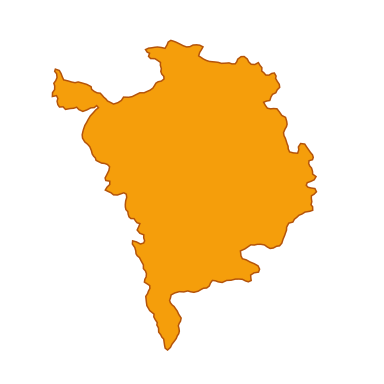 the district of Poté, Minas Gerais, Brazil, rotated 262°
{"feature_id": "56859067B81291889337924", "entity_name": "Poté", "entity_type": "district", "adm_level": 2, "iso_a3": "BRA", "parent_name": "Brazil", "parent_adm1": "Minas Gerais", "projection": "natural_earth1", "projection_center": [-41.769, -17.806], "detail": "fine", "context": "isolated", "style": "filled", "palette": "amber", "viewbox_px": 384, "rotation_deg": 262, "n_neighbors": 0, "source": "geoboundaries", "source_scale": "gbopen_adm2", "svg_char_len": 4608}
<svg xmlns="http://www.w3.org/2000/svg" viewBox="0 0 384 384"><g transform="rotate(262 192 192)"><path d="M190.0,317.0L192.9,314.0L195.8,314.2L199.1,313.7L201.4,312.2L204.1,311.5L206.7,312.3L207.2,315.8L209.4,316.9L212.0,316.5L214.9,314.7L218.1,313.1L220.6,311.8L223.8,310.3L224.9,306.3L221.8,303.6L218.9,303.6L215.7,302.0L216.6,297.9L218.1,294.2L221.3,293.3L224.0,293.5L226.8,292.8L229.5,292.4L232.2,291.9L235.1,290.9L238.1,290.9L241.4,292.9L243.7,294.7L245.9,295.6L248.9,295.6L252.9,295.0L255.3,291.6L259.1,289.7L262.6,287.7L263.3,284.4L263.4,281.4L264.5,278.3L267.5,276.7L270.9,275.4L271.7,278.6L271.8,281.8L275.1,283.4L277.5,285.3L278.6,288.8L281.3,290.6L283.4,293.4L286.5,293.4L289.8,291.8L292.9,290.6L295.1,291.4L298.4,290.1L298.3,287.4L297.0,284.5L297.5,281.4L300.0,279.8L302.1,277.9L305.4,278.5L307.8,277.0L310.9,275.7L309.5,272.0L310.2,268.4L312.9,266.3L316.1,265.2L318.9,262.5L319.2,259.4L317.2,255.8L314.7,254.4L312.9,252.6L313.3,249.4L314.7,246.7L314.9,243.3L315.3,239.0L316.7,236.1L317.4,233.5L318.1,230.6L318.9,227.3L320.3,224.5L322.1,221.8L324.0,219.7L325.9,217.5L329.2,219.1L331.8,221.3L334.2,223.1L336.3,220.1L337.1,217.1L337.4,213.5L336.2,210.1L336.4,206.8L338.1,203.6L340.7,199.9L342.7,196.9L343.9,194.7L345.1,192.1L343.8,189.3L341.2,187.8L338.0,185.3L339.4,181.7L340.4,177.9L340.5,174.8L340.4,171.9L340.5,169.1L339.5,165.8L336.7,167.1L335.3,169.3L332.4,167.8L329.9,169.6L329.2,173.8L326.8,176.6L324.7,178.8L321.9,178.3L318.4,178.8L315.7,177.9L313.0,178.5L310.4,180.2L307.8,180.0L306.1,177.1L305.9,173.8L304.8,171.4L302.5,169.6L300.3,167.7L298.7,164.7L297.8,161.4L296.9,158.3L297.5,154.2L296.2,150.2L294.8,146.1L294.6,142.5L295.5,137.4L292.5,134.8L290.8,131.1L290.0,126.6L292.4,123.2L293.9,121.0L296.2,119.6L298.2,117.8L300.3,116.5L302.6,114.9L303.4,111.8L305.2,109.2L307.6,106.9L310.4,106.7L313.2,102.8L315.2,98.4L316.8,94.6L316.5,91.4L317.7,88.0L319.3,84.6L320.9,80.5L324.4,79.5L327.6,78.8L330.8,77.5L332.7,73.8L330.6,72.8L327.9,74.4L324.2,74.3L321.3,72.6L318.9,70.3L316.1,70.8L312.5,70.2L309.8,67.7L306.0,67.0L306.3,71.2L303.3,72.2L300.7,71.0L297.2,71.3L294.6,72.6L294.3,76.2L291.4,78.2L291.6,82.9L291.4,86.4L292.0,89.6L289.3,91.5L287.0,95.1L287.9,99.3L289.4,103.5L289.2,107.0L290.8,109.6L288.5,111.1L286.6,108.0L284.1,105.1L281.5,101.9L278.3,99.3L275.5,97.3L272.9,95.2L269.2,93.3L266.6,92.2L263.9,91.2L260.5,91.1L256.5,92.8L253.9,95.2L251.0,97.1L247.1,98.1L243.5,98.5L241.1,99.6L239.2,101.0L236.7,101.4L235.0,103.8L233.2,106.5L232.4,109.5L231.0,112.1L228.5,113.9L224.9,112.7L220.6,109.8L218.0,107.9L215.4,108.2L214.1,112.1L210.9,111.6L208.6,108.5L206.0,106.4L204.2,109.0L202.6,111.6L200.1,113.9L199.4,117.8L200.1,121.3L200.7,124.4L199.0,126.6L195.7,126.6L192.5,125.1L188.9,124.2L186.4,123.9L183.8,124.1L181.5,125.7L178.8,125.7L176.1,126.2L174.2,127.8L173.7,130.9L171.1,132.1L169.1,133.4L168.0,136.0L165.2,134.5L162.0,132.4L158.4,134.6L156.3,138.3L153.3,137.8L150.2,138.3L148.2,137.0L147.7,133.7L150.4,129.9L151.9,126.4L148.8,125.7L145.0,127.6L141.6,128.1L138.6,128.0L136.5,128.9L134.3,130.9L131.0,132.0L126.6,133.7L122.9,133.2L120.3,134.9L117.5,135.5L114.3,134.8L112.2,133.2L109.4,132.3L106.9,135.3L105.2,137.1L102.4,136.9L99.8,135.0L97.6,133.9L95.1,131.7L89.3,131.5L85.7,131.5L83.3,132.5L80.5,133.6L78.2,135.7L76.4,137.4L73.7,136.8L70.8,137.8L67.5,139.4L65.2,138.7L62.0,139.9L57.9,139.5L54.9,141.2L52.6,141.9L50.3,143.5L47.3,143.5L44.1,143.5L41.1,143.7L38.9,145.8L41.1,149.0L44.1,151.0L47.0,154.0L49.1,156.0L51.6,157.4L53.5,159.1L56.0,160.1L58.9,160.1L61.4,159.8L63.7,161.0L65.6,162.6L68.7,163.7L72.8,161.8L76.2,160.8L78.7,159.5L81.1,158.3L82.9,156.6L85.3,155.2L87.8,154.7L90.0,155.9L93.0,157.0L94.4,160.8L95.1,165.5L94.2,170.0L94.6,174.1L93.4,176.7L92.4,179.9L92.9,184.3L94.2,187.4L95.1,190.0L94.9,193.2L96.5,196.0L99.4,197.7L101.6,199.9L100.8,202.9L99.4,205.4L98.2,209.3L99.6,214.0L99.2,218.4L99.7,222.8L99.2,226.7L98.5,229.8L96.5,232.6L95.2,235.3L96.1,238.3L98.5,238.3L101.6,238.5L103.3,242.2L103.4,246.7L106.2,248.2L109.7,247.1L112.3,243.7L114.6,239.8L117.3,236.2L118.9,232.6L122.0,231.6L124.5,231.7L126.9,231.7L128.3,236.5L130.2,240.3L131.5,242.9L130.8,246.3L131.1,249.4L130.6,253.0L129.5,256.4L127.1,258.9L125.2,261.5L125.2,264.7L126.5,268.2L126.5,271.2L128.8,273.8L132.6,275.6L136.1,277.7L138.3,278.8L141.1,280.3L144.0,280.8L147.7,283.5L148.2,287.7L150.8,289.6L152.3,292.2L154.1,294.7L154.9,297.9L156.4,301.2L156.5,306.0L157.1,309.0L160.6,309.4L162.8,308.1L165.7,309.3L169.4,309.3L171.7,309.8L172.7,312.4L174.9,315.3L178.3,314.2L179.5,310.1L180.7,307.4L182.8,306.1L185.2,307.4L186.0,311.3L187.1,314.7L190.0,317.0Z" fill="#f59e0b" stroke="#b45309" stroke-width="1.5"/></g></svg>